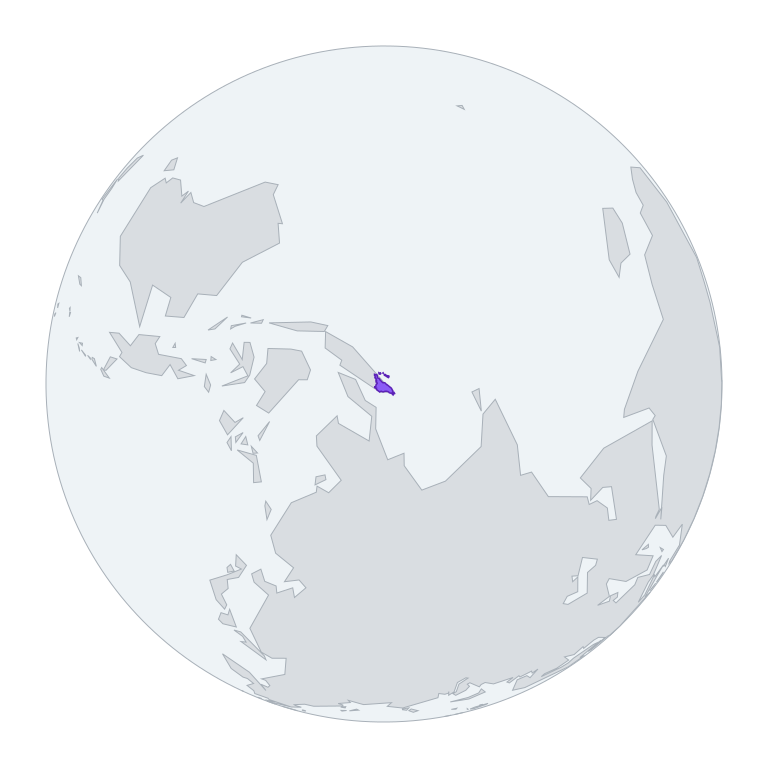 Aceh on an orthographic globe, rotated 175°
{"feature_id": "IDN-1136", "entity_name": "Aceh", "entity_type": "Autonomous Province", "adm_level": 1, "iso_a3": "IDN", "parent_name": "Indonesia", "parent_adm1": "", "projection": "orthographic", "projection_center": [96.646, 3.962], "detail": "fine", "context": "on_globe", "style": "filled", "palette": "violet", "viewbox_px": 768, "rotation_deg": 175, "n_neighbors": 0, "source": "natural_earth", "source_scale": "10m", "svg_char_len": 11903}
<svg xmlns="http://www.w3.org/2000/svg" viewBox="0 0 768 768"><g transform="rotate(175 384 384)"><circle cx="384" cy="384" r="338" fill="#eef3f6" stroke="#a8b0b8"/><path d="M706.5,479.9L705.9,482.3L705.7,482.6L706.5,479.9ZM528.1,78.3L522.6,75.9L520.0,74.6L528.1,78.3ZM513.4,71.8L507.8,69.7L498.7,66.1L513.4,71.8ZM552.4,91.0L551.0,90.2L550.4,89.9L552.4,91.0ZM537.2,83.0L533.2,81.3L535.3,82.0L537.2,83.0ZM529.7,79.7L520.2,76.6L526.0,79.7L504.5,70.3L519.6,75.4L521.3,75.5L524.5,77.3L529.7,79.7ZM494.1,66.2L490.2,65.0L492.2,65.3L494.1,66.2ZM112.5,182.9L115.7,180.4L114.6,183.0L103.7,197.8L99.0,218.4L109.6,206.2L115.6,218.6L126.1,219.7L148.1,192.0L130.9,189.4L138.1,175.8L160.1,166.2L176.6,170.5L179.9,165.4L178.0,152.8L190.5,144.9L178.4,148.0L176.8,153.3L169.2,155.9L170.1,151.4L174.5,148.4L172.0,145.7L151.7,162.1L148.0,169.2L136.1,171.1L128.7,183.6L122.4,189.0L132.5,170.1L138.1,163.5L149.7,144.4L142.6,151.2L131.3,170.2L130.9,168.5L121.3,179.5L128.3,169.8L142.6,148.9L137.6,152.7L137.0,153.4L170.2,122.3L181.2,114.0L183.2,113.3L200.6,101.3L204.0,99.8L192.7,107.0L186.0,112.3L192.5,112.9L197.3,110.6L208.1,103.2L208.6,105.0L218.2,97.9L228.0,96.4L224.1,92.9L236.7,85.8L249.3,81.4L252.8,78.8L232.2,86.4L224.6,90.2L219.2,94.3L198.0,106.3L193.1,108.1L212.7,94.4L207.9,96.1L225.3,86.1L270.2,69.3L282.6,67.7L277.1,77.7L267.1,81.0L264.1,78.7L255.5,86.6L261.6,83.1L262.0,85.1L274.1,80.3L275.0,81.6L285.2,75.3L287.5,76.4L281.0,80.4L301.0,75.7L309.3,77.8L313.4,76.2L315.4,74.0L324.5,78.9L327.2,77.7L325.2,75.4L329.2,71.8L339.7,67.6L342.3,69.5L338.8,71.2L335.5,78.5L325.9,83.7L328.0,84.2L336.9,80.2L341.0,71.2L346.7,68.3L346.2,72.0L346.8,70.4L350.4,69.6L356.4,70.9L357.6,66.8L393.7,59.6L408.8,62.6L404.3,65.9L432.3,66.4L447.2,72.0L445.3,69.6L457.5,69.7L453.0,67.8L453.0,66.8L482.1,69.1L490.9,71.9L501.4,72.4L500.4,71.5L494.5,69.2L504.5,70.3L526.0,79.7L527.0,81.1L539.7,86.9L540.4,89.8L546.7,95.7L540.0,97.0L545.7,102.5L550.0,104.3L561.0,113.9L568.4,129.3L543.2,108.6L528.3,88.9L532.7,95.6L526.0,92.0L524.0,93.5L527.7,99.1L531.6,100.9L508.1,103.3L505.4,119.3L519.5,120.6L529.6,127.6L538.9,152.3L517.4,183.8L530.7,197.9L532.4,206.4L522.8,210.3L520.0,197.8L509.1,192.2L509.0,185.1L492.7,188.9L491.8,179.1L479.5,187.8L485.7,196.2L500.4,195.7L490.1,208.8L506.7,224.9L510.0,243.2L486.7,273.8L460.9,282.1L459.6,288.1L448.6,280.5L435.0,291.8L456.2,327.9L455.9,338.2L433.5,356.4L432.8,348.7L403.8,328.5L399.0,352.9L421.0,374.6L428.6,399.5L411.9,391.0L404.1,369.2L393.9,361.4L396.2,340.0L386.9,308.2L370.1,313.3L371.0,300.8L355.6,275.0L331.2,281.9L292.7,313.2L288.0,345.4L274.5,359.1L256.5,311.8L255.9,281.1L244.7,283.4L230.1,257.5L191.4,253.9L190.1,246.1L181.9,249.2L172.3,241.0L171.9,228.6L164.2,228.9L166.3,261.9L175.1,261.9L188.3,250.1L186.8,261.9L196.6,273.3L170.7,300.9L120.1,323.9L122.3,299.8L120.7,235.1L124.7,228.4L125.0,227.6L125.4,226.2L117.9,237.0L120.1,225.0L113.3,268.6L109.0,287.7L119.3,325.3L116.6,328.9L122.0,337.0L148.1,329.8L146.7,337.8L130.0,374.5L100.1,424.0L108.2,459.7L113.1,489.9L103.6,508.5L113.8,532.0L110.2,539.5L116.2,552.8L118.6,566.3L119.2,578.6L110.1,577.1L102.2,564.9L86.5,540.6L61.5,482.7L56.0,457.1L52.1,436.8L46.4,391.4L47.1,367.2L47.4,356.7L47.1,358.3L49.7,334.7L54.0,311.4L59.9,288.5L67.4,266.0L76.4,244.1L87.0,222.8L99.0,202.4L112.5,182.9ZM186.7,190.9L201.4,193.9L207.4,176.1L213.5,176.2L213.3,170.6L207.7,174.9L209.1,160.2L220.0,156.5L224.6,149.6L219.9,148.4L199.8,158.0L197.7,178.5L189.0,184.9L186.7,190.9ZM181.3,113.6L180.2,114.5L176.7,117.1L181.3,113.6ZM342.5,48.6L335.6,49.6L333.4,49.9L342.5,48.6ZM352.9,47.5L346.0,48.2L346.9,48.1L352.9,47.5ZM119.6,177.8L119.9,178.6L121.7,178.2L115.7,185.7L119.6,177.8ZM128.9,163.5L130.0,162.7L122.4,172.0L122.2,171.6L128.9,163.5ZM137.2,154.9L130.7,161.9L134.0,157.9L137.2,154.9ZM194.5,106.2L196.5,105.5L194.2,107.2L190.1,109.8L194.5,106.2ZM308.2,56.8L310.7,55.7L312.9,55.3L323.4,52.6L326.6,52.7L321.4,54.3L308.2,56.8ZM141.5,196.3L134.6,201.2L134.7,198.4L137.0,197.2L141.5,196.3ZM121.7,192.8L123.1,197.0L120.0,194.8L121.7,192.8ZM313.3,56.3L317.3,55.1L316.4,56.0L313.3,56.3ZM329.4,52.7L329.4,53.4L328.2,52.4L329.4,52.7ZM280.1,650.6L287.0,654.7L281.9,654.7L280.1,650.6ZM148.8,488.1L150.8,539.9L140.7,539.3L132.6,523.5L127.6,491.9L137.4,483.8L140.5,469.8L148.8,488.1ZM510.6,461.3L520.1,463.4L519.6,464.9L510.6,461.3ZM500.7,455.2L511.7,456.4L498.7,458.6L500.7,455.2ZM516.0,456.8L527.2,454.5L532.0,452.2L531.0,455.4L516.0,456.8ZM493.2,454.9L451.5,452.2L434.9,447.1L438.9,441.5L465.9,444.5L493.2,454.9ZM437.6,441.3L412.0,423.7L376.1,375.0L388.9,376.4L426.3,406.6L424.0,411.4L439.5,425.0L437.6,441.3ZM499.1,414.7L496.5,429.5L473.7,426.9L463.2,423.9L456.0,404.4L460.1,394.9L468.7,395.7L501.4,365.1L512.9,373.7L503.1,386.8L512.5,400.3L499.1,414.7ZM289.4,348.5L297.1,368.4L289.7,371.2L289.4,348.5ZM514.0,343.4L501.2,356.6L512.7,338.6L514.0,343.4ZM520.5,326.4L521.6,333.5L516.0,326.3L520.5,326.4ZM459.8,297.5L450.7,298.6L450.2,293.8L461.5,289.5L459.8,297.5ZM512.4,259.1L513.3,273.0L512.0,277.6L507.3,268.9L512.4,259.1ZM345.7,61.5L327.5,64.4L316.6,68.0L313.6,71.8L310.0,68.4L326.9,62.8L345.7,61.5ZM387.4,59.2L389.9,57.0L394.0,57.9L394.0,58.6L387.4,59.2ZM385.3,57.9L378.6,55.6L383.4,54.4L387.7,56.4L385.3,57.9ZM345.3,54.0L339.7,54.7L340.6,53.8L345.3,54.0ZM631.0,609.4L630.2,612.3L620.9,621.5L610.0,630.6L603.7,632.9L631.0,609.4ZM570.0,627.3L574.7,615.7L584.4,615.6L576.1,625.5L570.0,627.3ZM638.2,602.5L646.7,592.5L654.8,579.2L647.9,591.5L648.7,592.7L631.4,611.7L638.2,602.5ZM547.9,576.5L484.8,595.5L472.1,591.8L477.8,582.3L471.2,552.5L475.5,553.3L475.8,533.5L514.5,517.6L543.0,486.7L561.7,490.0L577.5,467.7L595.9,470.8L588.8,488.8L605.9,502.7L622.4,462.4L627.9,507.8L637.0,525.1L633.8,554.1L599.3,599.9L584.1,608.1L583.4,603.3L576.5,607.7L568.9,604.9L569.0,588.8L562.0,593.2L570.8,581.9L559.7,591.6L557.8,581.3L547.9,576.5ZM676.9,508.3L678.3,509.9L679.0,518.4L676.8,516.4L676.9,508.3ZM702.5,488.2L701.9,492.1L700.9,492.7L702.5,488.2ZM705.7,482.6L704.6,483.7L706.5,479.9L705.7,482.6ZM690.5,483.8L690.8,486.8L690.0,487.6L690.5,483.8ZM690.0,482.7L691.7,478.4L690.8,482.9L690.0,482.7ZM684.9,457.0L686.3,454.9L686.6,456.7L684.9,457.0ZM534.0,464.4L547.6,453.6L554.6,453.1L534.0,464.4ZM683.7,451.8L680.8,450.9L681.3,448.6L683.7,451.8ZM684.4,446.3L684.4,442.9L685.5,451.1L684.4,446.3ZM679.1,437.9L682.5,444.4L678.7,438.6L679.1,437.9ZM676.8,438.4L674.2,435.4L674.4,434.4L676.8,438.4ZM642.3,438.3L652.9,459.4L643.5,457.7L633.3,444.2L623.8,454.6L603.2,450.8L608.4,444.2L606.0,433.2L583.7,426.9L579.2,419.6L587.5,415.6L572.3,408.9L588.9,407.2L595.4,422.0L604.7,411.7L620.0,416.0L634.3,422.3L645.1,434.3L642.3,438.3ZM588.4,438.5L591.2,438.8L588.5,442.8L588.4,438.5ZM669.0,426.6L672.9,434.2L672.3,435.9L670.3,434.5L669.0,426.6ZM647.8,432.2L659.7,421.9L662.3,422.5L654.3,434.9L647.8,432.2ZM657.1,413.8L662.4,416.2L664.9,423.3L663.8,425.0L657.1,413.8ZM554.5,422.5L553.8,426.4L549.3,423.0L554.5,422.5ZM560.3,420.6L573.5,426.0L559.0,423.9L560.3,420.6ZM518.9,404.0L523.0,413.6L535.8,408.5L526.0,416.4L534.4,432.4L531.3,438.0L523.1,420.7L519.7,437.7L513.9,437.1L511.1,422.1L517.0,404.6L522.7,397.6L545.7,396.1L518.9,404.0ZM560.3,409.2L556.8,398.1L559.4,391.1L563.2,397.1L560.3,409.2ZM545.8,371.6L535.8,358.7L527.1,362.7L544.3,347.0L551.1,361.9L545.8,371.6ZM536.7,344.3L528.6,347.9L536.7,338.7L536.7,344.3ZM526.3,343.7L525.0,335.2L531.6,336.8L526.3,343.7ZM541.0,344.9L541.8,330.8L545.5,339.4L541.0,344.9ZM521.1,316.5L536.0,331.1L517.4,324.0L514.7,297.2L522.5,297.1L521.1,316.5ZM552.6,217.7L549.6,210.8L556.1,210.0L556.4,214.9L552.6,217.7ZM574.6,203.8L556.9,207.6L542.2,212.1L547.7,215.6L546.1,226.8L536.8,215.3L545.7,204.0L557.2,202.9L557.1,193.9L564.3,188.9L559.9,177.7L562.4,173.6L570.0,183.8L574.6,203.8ZM557.4,173.0L552.3,154.8L565.4,159.2L569.4,164.1L566.3,170.4L559.6,167.6L557.4,173.0ZM554.9,152.0L548.3,149.5L526.9,123.6L525.6,119.5L548.9,139.9L543.9,138.9L546.8,144.9L554.9,152.0ZM492.4,66.1L490.4,65.1L494.2,66.5L492.4,66.1ZM450.2,65.9L450.9,64.7L455.3,65.9L450.2,65.9ZM455.2,62.6L449.7,62.0L454.4,61.8L455.2,62.6ZM437.7,61.3L447.0,61.4L439.6,62.5L437.7,61.3Z" fill="#d9dde1" stroke="#a8b0b8" stroke-width="1"/><path d="M392.6,394.5L391.9,394.1L391.7,394.0L391.3,394.1L391.2,394.1L390.9,394.0L390.8,393.9L390.5,394.0L390.5,393.9L390.2,393.5L390.0,393.3L390.0,393.1L390.0,392.5L389.9,391.6L389.7,390.6L389.6,390.4L389.2,390.3L388.9,390.2L388.6,390.1L388.0,389.5L387.9,389.3L387.9,389.1L387.8,388.6L387.7,388.4L387.3,388.3L387.2,388.2L386.2,386.6L385.6,386.1L385.5,385.9L385.4,385.7L385.2,385.5L385.0,385.4L384.8,385.3L384.7,385.3L383.5,385.3L383.3,385.2L383.0,385.1L382.7,384.8L381.8,383.6L381.4,383.2L381.1,382.9L380.9,383.0L380.6,382.6L380.4,382.5L380.3,382.4L379.6,381.7L379.1,381.2L378.8,380.9L378.6,380.6L378.2,380.4L377.9,380.1L377.7,380.0L377.6,379.9L377.4,379.7L377.2,379.3L377.1,379.1L376.9,379.0L376.8,378.9L376.8,378.7L376.7,378.5L376.7,378.4L376.6,378.1L376.4,377.7L376.2,377.4L376.1,377.2L376.1,376.9L376.0,376.7L375.9,376.6L375.7,376.3L375.7,376.2L375.6,375.9L375.8,375.5L375.8,375.4L375.7,375.2L375.8,375.2L375.7,375.0L375.7,374.9L375.5,374.7L375.8,374.5L376.0,374.5L376.3,374.3L376.5,374.2L376.8,374.0L377.0,374.0L377.3,374.3L377.5,374.2L377.9,374.2L378.8,374.5L379.3,374.8L379.5,374.8L379.6,375.0L379.8,375.4L380.5,376.0L380.9,376.2L381.9,376.4L382.3,376.6L382.6,376.6L382.9,376.5L383.3,376.6L383.5,376.7L384.0,376.6L384.8,376.3L385.1,376.2L385.5,376.3L385.9,376.3L386.3,376.4L386.5,376.5L387.0,376.7L387.1,376.9L387.4,377.0L387.7,377.0L389.0,376.4L390.0,377.4L391.0,378.2L391.2,378.4L391.3,378.4L391.4,378.5L391.7,379.0L391.8,379.6L391.9,379.8L392.0,380.0L391.9,380.5L392.1,380.5L392.3,380.5L392.5,380.6L392.8,380.6L393.0,380.8L393.4,381.1L393.6,381.3L393.6,381.6L393.5,382.1L393.0,382.0L392.8,382.1L392.7,382.2L392.4,382.3L392.4,382.5L392.2,383.0L392.1,383.6L392.0,383.9L391.9,384.0L391.6,384.2L391.6,384.4L391.4,384.4L391.3,384.7L391.2,384.8L390.7,385.2L390.7,385.3L390.7,385.5L390.8,385.7L390.9,385.8L391.0,386.2L391.1,386.3L391.3,386.5L391.4,386.8L391.5,386.8L391.4,387.0L391.5,387.2L391.6,387.3L391.8,387.5L391.8,387.9L391.7,388.0L391.3,388.1L391.2,388.1L391.3,388.4L391.4,388.5L391.5,388.6L391.6,388.8L391.6,389.0L391.4,389.2L391.4,389.3L391.5,389.8L391.4,390.0L391.5,390.2L391.8,390.3L392.0,390.6L392.3,390.7L392.3,390.8L392.3,391.0L392.2,391.1L392.3,391.2L392.3,391.4L392.4,391.5L392.2,391.7L392.2,391.8L392.1,392.0L392.2,392.5L392.3,392.9L392.5,393.0L392.7,393.4L392.7,393.6L392.6,394.5ZM383.0,393.1L383.0,393.3L382.9,393.5L382.7,393.5L382.4,393.4L382.3,393.5L382.2,393.5L382.0,393.4L382.1,393.2L381.9,393.0L381.6,392.9L380.6,392.2L380.4,392.1L380.1,392.0L380.0,391.9L379.9,392.0L379.7,392.0L379.5,391.9L379.4,391.7L379.0,391.7L378.9,391.7L379.0,391.5L379.0,391.4L378.8,391.3L378.8,391.2L378.6,391.1L378.4,391.0L378.4,390.9L378.4,390.7L378.5,390.6L378.8,390.6L378.8,390.4L378.9,390.2L379.0,390.0L379.5,390.2L379.7,390.4L379.5,390.6L379.8,390.6L380.0,390.7L380.1,390.9L380.2,391.0L380.4,391.0L380.7,391.1L380.8,391.2L381.0,391.4L380.8,391.6L381.0,391.7L381.1,391.8L381.2,391.7L381.6,392.0L381.9,392.2L382.1,392.2L382.2,392.3L382.3,392.5L382.4,392.8L382.5,392.8L382.5,392.5L382.8,392.7L382.9,393.0L383.0,393.1ZM388.0,394.5L388.1,394.9L388.1,395.2L388.1,395.3L388.0,395.2L387.9,395.2L387.7,395.0L387.3,394.5L386.7,394.3L386.8,394.2L387.1,394.2L387.2,394.3L387.3,394.3L387.5,394.2L387.8,394.3L387.7,394.3L387.9,394.5L388.0,394.5ZM376.4,372.6L376.6,372.9L376.6,373.1L376.4,373.0L376.4,373.3L376.1,373.2L375.9,373.1L375.8,372.8L375.7,372.7L375.8,372.5L376.0,372.8L376.2,372.6L376.3,372.6L376.4,372.6ZM375.0,373.7L375.1,373.8L374.9,373.8L374.7,374.0L374.7,373.9L374.7,373.7L374.4,373.5L374.5,373.4L374.8,373.5L375.1,373.7L375.0,373.7ZM387.0,395.2L386.8,395.3L386.8,395.5L386.7,395.5L386.5,395.1L386.7,394.9L386.8,394.9L386.9,395.0L387.0,395.2ZM375.3,374.0L375.5,374.3L375.3,374.3L375.2,374.3L375.0,374.2L375.3,374.0ZM383.9,394.8L384.1,394.9L384.2,395.0L383.9,395.2L383.8,394.9L383.9,394.8Z" fill="#8b5cf6" stroke="#5b21b6" stroke-width="1.5"/></g></svg>